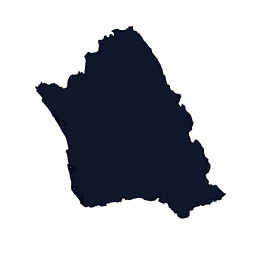 Antsalova, Melaky, Madagascar, rotated 349°
{"feature_id": "10022922B48021466276127", "entity_name": "Antsalova", "entity_type": "district", "adm_level": 2, "iso_a3": "MDG", "parent_name": "Madagascar", "parent_adm1": "Melaky", "projection": "natural_earth1", "projection_center": [44.617, -18.816], "detail": "fine", "context": "isolated", "style": "filled", "palette": "ink", "viewbox_px": 256, "rotation_deg": 349, "n_neighbors": 0, "source": "geoboundaries", "source_scale": "gbopen_adm2", "svg_char_len": 5752}
<svg xmlns="http://www.w3.org/2000/svg" viewBox="0 0 256 256"><g transform="rotate(349 128 128)"><path d="M157.2,38.7L155.0,36.6L154.3,35.1L152.1,34.4L151.0,31.7L151.6,29.7L148.6,29.4L147.2,30.5L143.6,32.0L138.5,31.0L136.7,29.3L133.0,29.4L131.3,30.0L132.2,30.8L132.9,30.8L133.2,31.2L132.7,32.5L133.0,33.6L132.9,34.2L132.4,35.6L131.9,36.1L131.2,35.9L129.7,33.8L128.6,33.1L128.2,33.4L127.8,35.1L126.9,35.7L124.8,36.0L123.8,33.9L123.1,33.6L122.6,33.7L121.9,35.5L120.8,36.9L117.7,37.1L116.6,36.6L116.2,36.7L115.8,39.3L116.3,41.0L116.3,41.6L115.8,42.8L115.1,43.6L114.6,45.9L115.3,47.1L115.1,47.5L114.4,47.5L113.9,47.2L113.5,47.5L112.7,47.5L112.3,48.3L109.6,48.2L108.4,48.7L107.9,48.0L107.4,48.5L105.5,48.8L105.6,47.8L104.9,47.5L104.1,46.6L103.5,46.5L103.7,47.0L103.5,47.4L103.0,47.2L102.3,47.6L102.2,48.4L101.9,48.5L101.5,48.0L100.2,48.9L99.5,49.8L100.2,52.1L100.2,53.6L97.6,62.2L96.8,64.2L96.2,68.3L93.7,65.9L93.1,65.0L92.4,65.8L91.6,65.6L90.7,63.9L90.2,65.2L88.4,66.4L86.7,66.2L85.5,66.5L83.6,65.5L82.1,66.1L80.8,66.9L78.6,70.2L78.1,71.8L78.2,72.5L77.8,72.7L77.8,73.2L77.5,73.3L77.1,75.4L76.2,76.9L75.3,77.4L72.9,77.7L71.4,77.4L70.9,77.0L70.4,75.6L68.3,75.4L67.8,74.0L66.9,73.4L66.8,72.9L66.3,72.8L65.9,72.0L65.0,71.9L64.2,70.6L63.5,70.4L61.6,70.7L61.4,70.4L60.4,70.5L60.1,71.0L60.1,71.5L59.1,72.2L58.2,70.9L56.5,70.4L56.2,69.5L54.9,68.7L54.5,68.5L54.2,69.1L53.7,68.9L53.6,69.4L52.6,69.1L52.2,68.6L51.8,68.8L51.7,67.5L51.4,67.9L51.6,69.1L51.2,69.1L51.2,68.3L50.8,69.1L50.6,68.4L50.3,68.4L50.2,69.2L50.5,69.1L50.6,69.5L49.7,70.3L48.9,69.7L48.9,70.6L48.3,70.5L47.2,72.2L46.4,71.8L46.3,71.5L46.7,70.9L45.7,70.3L45.4,70.4L45.5,71.0L46.9,72.8L46.7,73.4L45.9,73.9L46.0,74.3L49.7,80.4L50.5,82.7L49.2,84.7L53.3,91.9L56.0,97.9L57.0,102.0L57.7,102.7L58.8,101.9L58.8,101.0L59.5,101.1L60.2,103.1L61.3,104.9L61.4,106.1L62.4,107.9L63.4,108.4L65.6,108.4L66.9,109.6L67.6,111.9L67.3,112.8L66.7,112.8L67.2,112.3L67.0,110.8L65.9,109.3L65.2,108.9L62.3,108.9L61.2,107.7L59.9,104.2L58.8,103.0L58.5,103.3L58.4,104.1L59.3,107.0L60.9,110.9L63.9,120.4L65.2,123.1L66.1,127.2L66.4,136.2L65.7,138.3L64.9,138.6L63.8,138.4L63.3,139.0L63.9,143.7L65.2,144.5L64.1,144.8L63.7,145.3L63.5,149.4L64.0,154.2L64.6,155.3L65.6,156.0L67.6,156.7L68.5,158.4L69.5,159.5L68.5,159.3L67.1,157.3L64.4,157.1L65.4,158.3L65.8,159.6L65.4,159.3L65.1,158.5L64.0,157.7L64.5,160.1L63.9,161.6L63.9,159.6L62.9,157.6L63.1,155.6L62.6,153.0L62.1,152.0L62.0,155.1L62.6,162.4L62.3,166.2L62.7,168.7L62.5,172.0L61.5,175.1L61.9,176.6L62.2,177.0L62.5,176.9L62.4,175.7L63.1,176.1L63.1,176.7L63.5,176.8L65.1,176.5L66.3,175.8L66.7,175.8L67.2,176.1L66.0,176.4L65.8,176.9L65.9,177.4L64.6,178.6L62.9,178.4L61.3,177.0L61.2,177.2L63.5,182.6L64.6,182.2L65.5,182.3L66.6,183.0L66.9,183.4L66.7,183.7L67.6,184.6L67.0,184.6L65.4,182.9L64.8,183.0L64.6,183.6L64.9,184.8L66.6,187.9L67.8,191.1L67.9,192.1L67.3,192.6L67.5,192.9L68.7,193.0L68.9,192.8L69.0,192.2L68.5,191.0L68.4,189.2L69.2,188.1L70.0,187.6L70.3,186.6L70.8,186.2L70.5,187.6L69.3,188.5L69.0,189.6L69.4,190.2L70.2,190.4L69.3,191.4L69.3,192.1L70.1,193.6L68.7,194.3L70.4,196.2L71.4,197.0L72.4,197.2L74.5,196.4L75.7,198.0L77.3,198.5L80.0,198.1L80.9,197.4L81.1,196.6L81.5,196.9L81.5,197.8L81.8,198.0L81.9,197.7L84.3,197.3L85.6,198.2L86.7,198.6L87.1,199.4L88.0,199.0L89.1,199.4L90.5,199.2L91.4,199.6L91.4,199.1L90.9,198.9L90.9,198.4L91.5,198.0L92.0,197.1L92.4,197.1L93.6,197.8L97.5,197.1L102.4,197.6L103.5,198.5L105.5,198.0L106.9,198.5L108.6,195.3L110.6,195.6L111.7,196.3L112.3,197.6L114.4,197.5L115.8,198.4L120.4,197.7L121.4,197.9L125.1,197.7L126.4,198.1L128.5,198.7L130.8,201.0L131.6,201.4L136.6,203.5L140.6,203.6L143.5,201.6L145.8,201.8L146.1,201.9L145.9,203.7L145.4,203.9L144.7,205.4L145.8,206.5L148.7,208.5L150.3,207.1L151.1,208.3L153.2,209.3L153.6,210.2L153.4,211.3L153.7,213.5L154.7,214.3L156.0,216.6L156.7,217.0L158.2,220.4L159.6,220.4L160.5,221.0L160.3,221.9L161.1,224.7L161.9,224.8L162.3,225.5L163.3,226.3L164.1,226.6L166.7,226.6L167.3,226.4L167.8,226.7L169.0,226.5L169.4,226.1L170.3,226.0L171.2,224.8L171.4,224.2L171.4,222.7L172.4,220.1L175.3,220.4L175.9,220.2L176.6,218.6L177.4,218.1L181.1,217.6L182.5,217.7L184.4,216.6L185.9,217.7L186.8,218.1L189.1,217.6L190.0,217.1L190.4,216.7L191.2,217.1L191.4,217.7L193.2,217.6L193.7,218.2L194.0,217.9L194.1,216.9L196.3,216.4L196.9,214.2L198.0,214.3L198.7,216.3L200.4,216.0L201.3,214.8L201.7,214.6L203.0,215.2L203.1,215.6L205.5,215.3L206.2,214.3L206.4,213.4L207.9,213.1L208.3,212.6L209.1,212.4L210.6,211.4L209.1,210.5L207.5,207.9L205.4,205.6L203.8,202.0L203.1,201.2L201.6,201.3L200.6,202.1L198.7,199.9L195.9,199.6L195.7,197.6L196.3,196.3L196.4,195.2L195.5,193.9L194.5,191.7L194.7,190.7L194.4,188.9L195.5,187.7L198.5,186.2L200.6,182.7L201.0,181.1L201.0,179.5L199.5,176.4L200.2,174.3L197.8,171.2L197.2,166.7L197.7,163.9L197.7,162.5L196.5,160.7L195.5,157.4L193.6,154.2L192.6,153.0L191.3,153.5L190.6,154.6L190.3,155.8L187.4,154.9L186.4,152.4L186.6,150.6L185.7,146.4L186.4,143.0L187.4,142.9L188.9,141.8L189.9,141.6L190.2,140.1L189.8,138.9L191.6,137.5L191.9,136.6L192.7,135.4L191.9,133.0L191.9,130.8L191.5,128.3L190.5,125.8L188.5,123.5L187.2,120.8L187.6,118.9L187.6,117.7L185.8,115.7L185.0,117.6L184.2,118.1L183.4,118.0L180.9,113.1L181.1,112.0L181.8,111.7L182.0,112.6L183.5,110.8L184.4,108.6L185.6,107.2L185.5,105.6L184.9,105.1L183.2,104.7L183.2,105.3L183.0,105.5L182.1,104.7L181.5,103.5L180.3,103.5L179.9,102.3L179.3,101.7L178.9,100.4L177.7,100.1L176.5,98.6L176.3,97.5L176.4,94.6L175.5,93.6L174.3,93.3L173.6,87.6L174.0,85.8L173.8,85.1L173.9,84.3L173.6,83.6L172.6,82.9L172.3,82.1L172.2,77.0L171.4,73.7L171.5,72.9L170.3,69.4L170.3,68.8L169.7,68.4L169.3,67.7L169.5,66.3L165.7,59.2L165.3,56.0L165.5,55.1L164.6,54.2L163.4,52.4L160.9,47.1L159.5,45.8L158.5,41.7L157.5,40.4L157.2,38.7Z" fill="#0f172a" stroke="#020617" stroke-width="1.5"/></g></svg>